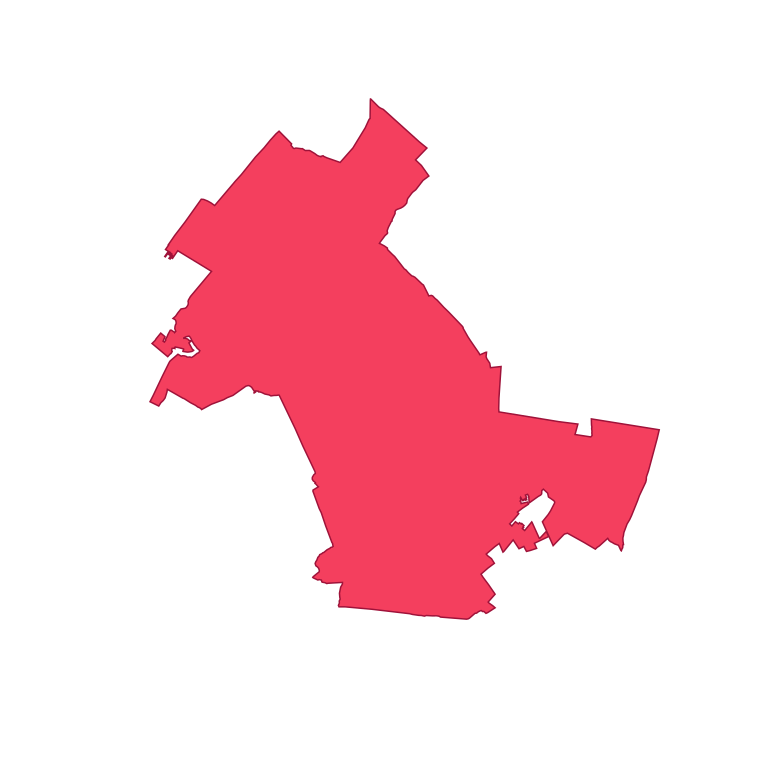 Simnicu De Sus, Dolj, Romania (Equal Earth projection), rotated 327°
{"feature_id": "2599482B71423857847372", "entity_name": "Simnicu De Sus", "entity_type": "district", "adm_level": 2, "iso_a3": "ROU", "parent_name": "Romania", "parent_adm1": "Dolj", "projection": "equal_earth", "projection_center": [23.793, 44.407], "detail": "fine", "context": "isolated", "style": "filled", "palette": "rose", "viewbox_px": 768, "rotation_deg": 327, "n_neighbors": 0, "source": "geoboundaries", "source_scale": "gbopen_adm2", "svg_char_len": 6147}
<svg xmlns="http://www.w3.org/2000/svg" viewBox="0 0 768 768"><g transform="rotate(327 384 384)"><path d="M497.4,649.2L498.8,646.0L500.5,643.2L502.4,641.4L504.2,639.3L511.6,633.8L516.1,631.6L519.8,629.3L532.8,620.2L537.4,616.7L550.0,608.9L551.9,607.1L553.4,604.9L558.4,601.0L583.4,578.5L589.9,572.3L538.9,526.2L535.7,531.4L534.9,533.3L534.0,534.3L532.6,537.0L531.6,538.3L530.5,540.5L528.6,541.0L516.7,530.4L524.8,523.2L510.0,510.7L465.2,470.0L466.8,467.1L472.9,458.2L491.7,433.1L482.2,428.3L484.0,424.2L484.0,418.7L484.5,416.7L487.3,413.2L486.5,412.8L480.5,411.8L480.2,411.5L480.5,410.3L480.1,394.4L480.1,390.2L480.7,380.3L481.2,379.6L481.1,378.0L477.4,358.7L475.9,352.2L474.3,342.7L473.4,340.0L472.8,336.7L472.0,335.5L469.5,334.4L469.9,332.3L471.0,322.5L470.3,320.7L468.1,311.4L467.1,309.5L466.4,308.8L465.9,307.3L465.0,303.8L464.5,300.2L463.7,298.5L462.4,282.9L461.6,279.9L460.3,273.8L460.3,272.8L460.9,271.8L459.5,268.4L457.4,264.6L456.7,263.6L457.6,263.1L465.7,260.1L468.5,259.7L469.3,259.3L470.0,257.3L472.8,255.1L478.6,251.7L479.3,251.8L480.7,250.3L486.1,247.1L487.3,245.3L488.5,244.7L490.0,244.7L494.0,245.6L496.7,245.7L499.0,245.4L501.6,244.6L503.5,242.5L504.9,241.4L511.2,239.1L512.9,238.7L516.4,238.4L527.6,234.5L534.9,234.0L534.4,221.2L532.5,213.2L548.5,209.5L545.5,200.2L533.0,153.4L531.2,150.5L530.4,148.6L528.1,137.8L527.9,137.6L527.2,138.4L516.9,153.8L516.1,153.8L515.2,154.2L507.8,158.9L486.5,169.1L467.9,174.3L459.3,163.2L457.5,160.4L457.2,159.4L454.8,158.6L454.7,158.8L453.3,157.2L452.4,155.7L451.5,153.1L449.2,148.4L448.5,147.4L445.1,145.3L443.8,142.2L442.8,141.6L438.6,138.1L437.1,137.7L436.4,137.0L436.0,133.1L437.3,132.3L433.7,114.8L429.6,115.4L421.7,117.5L412.0,120.6L399.9,123.6L378.6,130.6L369.5,133.0L339.2,142.1L337.6,138.0L335.7,134.4L333.3,131.0L331.4,129.5L305.6,139.7L289.5,145.4L278.8,149.8L279.0,150.2L274.0,152.2L275.4,155.3L269.6,157.6L269.9,158.3L275.8,156.0L276.2,156.9L273.9,157.9L274.4,159.1L276.5,158.3L276.9,159.5L272.1,161.5L272.7,162.7L276.5,161.2L276.8,161.9L274.7,162.9L275.0,163.5L283.6,159.9L300.7,195.6L269.3,205.2L265.6,207.1L264.5,208.2L264.3,209.0L263.2,210.5L262.0,211.3L260.0,212.1L258.6,212.2L254.6,210.5L250.0,212.0L246.1,213.6L242.7,214.1L243.8,216.1L243.9,217.1L243.7,218.0L242.9,219.7L242.3,220.3L241.3,220.8L240.0,222.0L238.6,223.8L238.1,226.4L236.4,226.8L236.5,226.3L235.8,225.1L235.1,223.3L234.7,222.8L234.0,222.5L229.5,225.0L228.0,226.1L225.2,227.5L225.0,228.3L222.7,229.3L222.0,227.8L226.1,225.0L224.5,219.7L217.4,222.0L215.8,222.8L211.5,223.7L217.5,243.3L220.9,242.4L222.0,242.4L224.1,241.4L224.2,241.1L224.0,240.4L225.6,238.7L227.1,239.5L227.8,240.2L227.9,239.6L228.1,239.5L228.3,239.9L229.1,239.3L231.7,241.8L235.0,245.4L234.9,245.8L233.2,246.9L233.1,247.1L233.7,247.7L236.4,250.1L237.8,250.9L240.6,252.1L242.7,252.2L242.8,252.1L242.7,251.7L242.3,250.9L242.2,250.2L242.8,243.3L243.4,243.0L244.9,243.2L245.6,242.8L244.1,240.9L243.9,239.6L243.4,238.8L242.1,237.3L241.0,236.7L241.2,236.3L243.9,236.6L246.6,237.7L246.8,238.1L246.9,240.9L246.5,242.6L246.3,247.9L246.7,250.0L246.7,251.9L247.7,255.8L245.6,256.9L244.1,256.5L239.7,257.0L237.3,257.0L236.7,256.7L236.4,256.1L235.6,255.4L234.5,254.9L233.6,254.2L233.0,252.9L231.7,251.5L230.1,250.4L229.1,250.2L227.4,246.8L217.8,248.1L216.6,248.4L215.1,249.2L201.9,257.0L184.2,267.9L178.1,271.4L183.1,279.8L186.6,278.2L189.9,277.6L192.8,276.5L197.6,272.5L199.4,270.5L207.6,286.4L208.4,287.4L211.5,294.2L214.3,299.2L215.4,302.1L216.4,303.4L217.1,305.4L217.1,306.1L228.3,307.0L240.9,309.8L245.2,310.1L251.1,311.3L267.0,310.6L269.2,311.3L270.2,312.2L271.2,314.6L271.2,317.7L271.4,319.7L270.4,320.2L270.2,320.8L272.0,320.8L272.5,319.9L272.8,320.0L274.7,321.7L274.5,322.3L275.8,323.3L276.9,324.7L278.6,327.5L281.7,330.6L282.7,332.4L285.5,333.7L287.8,335.1L289.4,335.8L290.0,336.3L285.2,373.2L282.2,391.6L278.4,420.0L277.7,421.6L275.7,421.9L273.1,423.2L272.0,424.7L271.9,426.7L272.8,429.3L272.0,429.7L272.4,431.1L272.7,433.3L273.0,434.5L266.7,434.3L266.0,435.2L261.8,453.3L261.3,457.7L257.8,471.3L254.0,488.5L254.0,489.8L253.4,491.0L252.9,492.5L251.9,492.6L250.3,492.1L249.0,492.3L246.1,492.0L241.8,492.5L240.6,492.2L239.5,492.4L237.2,492.1L235.5,493.1L234.2,493.3L231.6,495.2L230.0,495.9L228.5,497.0L228.0,498.7L227.9,499.6L228.5,500.9L228.8,502.8L228.4,504.6L228.0,505.5L227.3,506.2L219.8,507.0L218.9,507.4L219.1,508.1L221.8,512.4L223.1,512.7L224.7,514.4L224.1,516.0L224.2,516.5L226.4,518.6L227.3,520.2L228.7,520.7L241.1,527.8L240.2,529.1L237.0,530.8L232.7,535.2L230.8,538.7L230.1,540.5L228.3,541.6L227.2,543.5L225.2,544.8L224.9,546.4L230.0,549.7L251.0,566.2L280.4,590.6L282.4,592.8L287.2,597.0L289.2,598.4L291.5,600.7L293.4,601.2L298.3,604.8L301.8,607.0L303.6,608.6L304.5,610.3L325.2,626.2L326.7,626.8L328.2,626.9L335.4,625.9L336.9,626.6L339.3,626.4L341.8,626.8L342.3,627.1L342.6,628.4L343.9,629.2L344.6,631.9L346.4,632.2L355.3,632.2L354.6,629.6L352.8,625.0L352.6,623.6L362.7,620.8L362.4,609.2L361.8,600.1L361.8,596.3L371.1,595.0L378.9,594.5L379.0,589.0L377.4,584.5L377.1,582.3L388.4,580.8L393.8,580.5L392.2,589.8L393.3,589.7L407.4,585.1L407.5,595.7L412.8,596.4L412.3,602.0L415.7,603.2L422.5,605.0L423.4,599.5L439.0,601.6L439.8,596.0L430.8,598.2L430.3,598.1L430.2,597.8L432.8,580.9L432.8,580.1L422.2,583.5L421.3,580.7L422.9,580.4L422.6,579.6L424.3,579.0L423.6,576.0L422.9,576.2L422.1,574.1L420.5,574.5L419.2,571.1L413.9,572.7L413.2,569.7L419.8,568.1L426.4,566.1L426.1,564.1L432.5,563.6L439.6,563.5L440.1,561.2L433.9,559.0L435.0,556.3L434.7,556.2L436.1,555.2L436.2,554.0L436.9,553.5L436.7,557.3L437.6,557.7L438.1,556.9L439.3,557.1L439.2,558.4L440.7,558.8L440.8,557.0L441.7,557.1L442.1,554.2L444.3,554.7L444.3,555.7L443.8,557.2L444.1,557.3L442.3,560.4L441.3,562.8L452.1,562.3L454.8,562.5L456.4,562.0L458.3,559.3L460.4,559.0L461.8,564.7L460.4,568.3L462.8,574.2L463.0,575.4L462.7,576.2L462.1,576.8L454.6,581.1L450.6,582.9L441.8,585.8L437.8,611.7L452.9,608.2L453.9,608.2L456.6,609.1L465.5,625.9L471.3,637.6L473.9,637.1L476.3,637.1L487.6,635.3L487.5,637.6L488.1,639.6L488.9,640.8L490.2,643.5L492.8,647.0L492.0,652.7L492.2,653.2L494.0,651.8L494.6,651.6L495.4,650.9L496.6,649.1L497.4,649.2Z" fill="#f43f5e" stroke="#9f1239" stroke-width="1.5"/></g></svg>